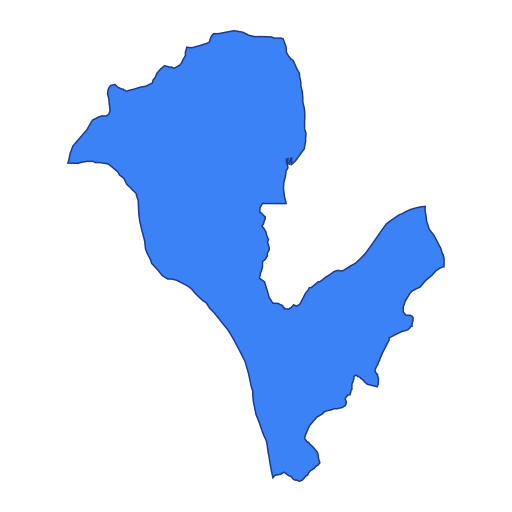 the district of Suhag, Suhaj, Egypt
{"feature_id": "37247803B47370411243252", "entity_name": "Suhag", "entity_type": "district", "adm_level": 2, "iso_a3": "EGY", "parent_name": "Egypt", "parent_adm1": "Suhaj", "projection": "equal_earth", "projection_center": [31.692, 26.547], "detail": "fine", "context": "isolated", "style": "filled", "palette": "blue", "viewbox_px": 512, "rotation_deg": 0, "n_neighbors": 0, "source": "geoboundaries", "source_scale": "gbopen_adm2", "svg_char_len": 5467}
<svg xmlns="http://www.w3.org/2000/svg" viewBox="0 0 512 512"><path d="M67.9,163.1L78.0,163.3L81.6,162.3L87.1,161.3L93.4,161.4L95.2,162.6L98.0,162.6L100.7,162.7L107.9,163.9L109.7,165.1L112.4,167.3L115.1,169.6L116.4,170.7L117.8,171.8L119.5,175.1L121.3,176.3L124.0,178.5L126.6,184.0L127.5,185.1L130.2,187.4L132.0,189.6L134.5,191.7L136.5,194.1L136.4,195.2L138.2,200.7L138.8,213.8L139.6,220.4L141.3,228.1L144.2,239.1L144.7,241.3L145.5,249.0L147.2,253.4L150.7,260.0L151.6,263.3L157.8,270.0L162.3,275.6L167.6,279.0L172.2,279.1L176.7,280.3L185.7,284.9L189.3,287.1L192.0,289.4L194.6,292.7L199.1,297.2L202.7,300.5L206.2,302.8L209.8,308.4L211.9,310.5L214.2,312.8L218.7,318.4L223.1,324.0L227.6,329.5L230.5,334.0L231.1,335.1L233.7,339.5L239.0,349.5L245.1,361.6L248.6,373.8L251.1,385.8L252.8,391.3L252.7,395.7L252.9,396.8L253.5,402.3L256.0,414.4L259.5,423.2L262.1,430.9L263.8,435.4L266.4,440.9L267.2,445.3L268.1,452.1L268.9,456.2L270.5,466.1L270.8,467.5L271.3,470.5L272.9,477.7L275.0,475.3L280.5,474.3L284.1,472.2L288.6,475.6L291.3,476.7L293.1,479.0L294.9,480.1L296.7,480.1L299.4,481.3L302.1,480.2L303.1,479.2L305.8,476.0L307.7,474.9L308.6,472.7L310.5,470.6L314.1,468.5L316.0,466.3L317.8,465.3L319.7,463.1L319.7,462.0L318.8,459.8L318.0,454.3L317.2,452.1L316.3,451.0L314.5,448.8L312.7,446.6L310.0,444.3L308.3,442.1L307.4,442.1L305.6,439.8L304.7,438.7L304.7,437.6L305.1,436.5L305.7,434.4L307.6,430.0L309.5,425.7L312.2,422.5L315.0,419.3L316.9,417.1L318.7,416.1L319.5,415.6L322.4,413.9L324.2,411.8L327.0,410.8L331.5,409.8L334.3,408.7L337.0,408.8L340.6,407.8L341.6,407.8L343.4,406.8L345.2,405.7L346.2,403.5L346.2,401.4L345.3,399.2L345.4,398.1L348.1,394.8L350.0,394.9L350.9,391.6L350.9,390.5L351.9,389.4L351.9,387.3L352.0,384.0L352.9,381.8L353.9,378.6L353.9,376.4L355.8,375.3L356.7,375.3L357.6,376.5L358.5,376.5L360.3,377.6L361.1,378.7L362.9,379.9L364.7,382.1L367.4,384.3L377.3,386.8L378.3,383.5L378.4,380.2L378.4,378.0L377.5,375.8L377.6,374.6L375.8,372.6L375.4,372.1L374.9,370.3L376.8,366.0L377.7,364.9L378.7,361.6L379.6,360.5L379.7,359.5L382.5,352.9L389.1,340.0L389.1,337.8L395.5,334.6L401.9,331.5L405.6,330.5L408.3,329.5L411.1,326.3L412.0,326.3L412.1,324.0L412.1,323.0L413.0,320.8L413.1,317.6L412.2,316.4L410.4,315.3L409.4,315.3L408.6,315.3L405.9,315.2L405.0,314.1L403.2,311.9L403.3,309.7L403.3,308.3L403.3,306.4L404.3,304.2L405.2,301.0L408.0,296.6L409.9,293.4L411.8,291.3L415.4,289.2L420.0,287.1L422.8,283.9L425.6,280.6L429.3,277.4L431.1,276.0L432.0,275.3L435.7,271.0L440.3,267.9L443.1,266.8L444.0,266.8L444.1,259.2L443.3,254.8L442.4,253.7L440.7,248.2L438.9,244.9L437.2,241.5L433.7,234.9L431.9,232.7L429.2,229.3L427.8,224.7L427.5,223.8L426.7,221.6L425.9,215.0L425.4,212.7L425.0,210.6L425.2,206.4L421.0,206.8L416.4,207.8L410.5,209.5L406.1,211.5L401.6,214.0L399.3,214.7L389.7,221.3L386.3,224.0L381.8,230.2L372.7,243.3L371.0,245.7L370.9,245.8L370.7,246.1L365.4,253.4L361.0,258.0L355.7,263.1L352.6,264.8L349.9,266.3L346.0,268.8L342.7,270.8L340.2,271.0L338.3,270.3L334.3,271.4L330.0,274.5L329.1,275.1L325.5,277.2L322.6,279.8L319.7,281.7L317.9,281.9L317.9,282.0L317.3,282.6L311.1,287.7L309.3,287.7L308.4,289.8L305.6,293.1L300.0,303.9L299.0,304.9L296.3,306.0L293.6,304.8L292.7,305.9L290.8,308.0L289.9,308.0L289.0,309.1L287.2,309.0L284.4,308.9L284.5,307.9L282.7,306.7L282.7,305.6L280.0,304.5L279.2,304.0L278.2,303.4L272.8,303.2L270.1,298.8L269.2,297.7L268.4,294.4L267.9,292.9L267.7,292.1L265.3,284.4L264.4,281.7L259.3,278.1L260.1,275.5L260.6,272.3L261.2,271.7L262.5,266.9L262.5,265.8L262.6,261.5L265.4,259.3L266.6,257.2L267.3,256.1L267.3,252.8L268.2,251.7L269.2,249.6L269.2,247.4L267.5,241.9L268.5,239.7L267.6,237.6L266.7,235.3L265.9,232.0L264.1,228.7L261.9,225.9L263.3,224.3L264.3,221.0L265.2,218.9L265.2,217.8L265.2,216.7L263.5,215.5L261.7,213.3L259.9,212.2L259.9,210.0L260.0,207.8L262.3,203.5L286.1,203.6L286.0,202.8L284.6,197.1L283.4,188.6L283.8,182.9L285.5,176.1L286.1,170.9L286.3,170.6L286.5,170.4L286.8,169.8L287.9,167.9L287.5,165.1L286.5,162.4L286.3,159.1L288.1,158.6L287.7,161.9L288.6,163.8L290.0,164.3L289.9,161.8L290.8,158.3L291.7,158.0L291.5,161.5L291.8,164.3L295.6,160.7L299.2,155.7L301.4,152.7L304.3,148.8L304.8,145.3L305.6,141.5L305.6,138.8L306.0,133.3L304.6,128.9L304.6,125.9L304.6,123.7L304.6,121.0L304.8,118.0L304.7,112.0L304.2,107.9L302.8,102.0L302.8,97.6L302.3,91.6L301.2,87.3L300.9,86.2L300.8,81.8L299.6,76.7L299.4,73.4L296.6,68.2L295.7,66.1L293.2,60.6L290.9,58.8L288.6,56.1L287.0,53.4L286.3,51.7L286.3,49.3L286.0,46.5L284.6,43.0L283.1,38.8L281.0,38.1L277.6,38.1L274.7,38.2L271.2,36.9L261.5,36.6L254.9,36.7L248.4,35.2L247.2,34.3L245.0,33.3L242.7,32.2L234.4,30.7L231.2,31.2L218.3,33.7L213.5,33.7L211.4,36.2L210.2,39.0L209.8,40.7L209.5,41.9L207.2,43.2L203.8,44.3L201.1,45.2L192.2,47.7L189.9,47.6L186.7,47.2L186.4,48.8L185.4,52.1L185.4,55.4L184.4,57.5L183.5,58.6L181.6,62.9L179.8,65.1L176.1,67.2L174.3,68.3L171.5,67.1L169.7,67.1L165.2,65.9L164.5,65.7L160.6,69.0L156.9,73.3L156.0,75.5L155.0,77.7L153.2,79.8L152.2,83.1L145.8,86.2L140.3,87.2L138.6,87.7L133.9,89.2L129.4,90.2L126.6,91.3L124.8,90.1L123.9,90.1L123.0,89.0L121.2,89.0L119.4,87.8L118.5,87.8L114.9,84.5L111.3,85.3L110.4,85.5L108.5,88.7L108.1,90.0L107.8,92.0L107.7,93.1L107.6,94.1L108.5,97.4L109.0,99.6L109.0,100.8L109.2,104.0L109.5,105.4L109.8,108.4L109.9,109.1L110.0,110.7L109.4,112.6L109.0,113.9L106.2,116.0L101.6,115.9L100.9,116.2L98.9,116.9L92.5,120.1L90.6,123.3L88.7,126.6L86.9,129.8L84.1,133.0L77.6,140.5L73.0,145.9L70.1,153.5L69.1,158.9L67.9,163.1Z" fill="#3b82f6" stroke="#1e3a8a" stroke-width="1.5"/></svg>